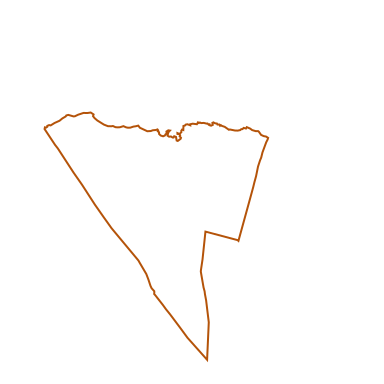 outline of Gagaemauga II (PART), A'ana, Samoa, rotated 142°
{"feature_id": "51752279B80386032280412", "entity_name": "Gagaemauga II (PART)", "entity_type": "district", "adm_level": 2, "iso_a3": "WSM", "parent_name": "Samoa", "parent_adm1": "A'ana", "projection": "natural_earth1", "projection_center": [-171.93, -13.977], "detail": "fine", "context": "isolated", "style": "outline", "palette": "amber", "viewbox_px": 384, "rotation_deg": 142, "n_neighbors": 0, "source": "geoboundaries", "source_scale": "gbopen_adm2", "svg_char_len": 2210}
<svg xmlns="http://www.w3.org/2000/svg" viewBox="0 0 384 384"><g transform="rotate(142 192 192)"><path d="M98.7,187.8L99.5,190.1L101.1,191.9L102.4,194.5L102.2,198.4L102.4,199.2L104.3,200.7L106.5,203.8L107.1,206.1L108.9,209.4L110.4,208.8L111.8,210.7L113.5,210.5L114.5,211.2L115.9,211.1L118.1,212.2L120.2,213.9L123.7,218.0L124.6,218.3L126.1,223.2L127.8,225.8L128.1,226.9L129.1,226.9L128.9,228.3L130.4,229.5L130.2,230.6L131.5,231.9L132.3,233.7L133.4,233.9L134.3,232.1L136.1,232.5L136.8,233.4L136.5,234.5L137.4,234.7L137.6,236.4L138.3,236.8L140.2,239.2L142.4,240.7L143.0,241.9L144.1,242.1L144.4,243.2L146.4,242.4L149.4,245.4L151.7,246.5L152.3,245.6L153.9,248.2L155.5,249.0L156.6,248.7L158.1,249.3L160.7,246.2L161.4,247.3L162.8,246.8L163.5,245.7L166.1,245.4L167.2,247.4L167.7,246.7L166.4,245.4L166.4,244.0L167.4,243.5L167.3,241.5L168.3,240.9L171.8,241.0L172.4,242.0L170.7,245.3L171.7,246.9L173.0,246.3L173.7,246.8L174.4,248.7L176.0,249.7L176.6,251.5L173.9,253.6L171.6,254.0L172.7,255.2L174.9,255.4L176.1,253.5L177.2,253.8L178.6,253.2L180.5,253.7L181.9,255.8L182.2,258.0L181.2,259.4L181.6,260.9L180.7,261.4L180.7,262.6L182.3,263.1L184.9,264.8L186.9,265.4L189.8,267.4L193.5,274.7L193.5,277.4L195.8,278.4L197.9,279.6L201.0,280.7L202.9,282.1L204.1,283.5L205.5,286.1L208.9,287.4L210.9,288.8L212.4,290.2L213.7,292.7L215.0,293.4L217.7,295.6L219.9,299.3L222.6,306.7L223.3,310.3L223.3,312.7L221.8,313.7L222.9,317.0L225.9,318.7L228.8,321.1L234.1,323.0L237.7,323.8L238.8,324.5L242.0,328.9L243.9,329.7L245.0,329.3L248.9,329.8L252.5,329.7L257.8,331.0L262.4,331.5L263.4,332.7L265.3,333.2L265.9,332.5L267.4,332.6L268.1,333.5L269.4,332.4L270.9,313.5L270.9,309.0L273.4,280.2L274.2,265.3L276.3,241.9L277.1,226.7L277.7,212.9L276.4,170.9L276.8,168.4L278.5,155.5L280.3,149.7L282.5,143.6L283.1,140.9L282.8,137.1L283.5,136.1L284.6,134.9L284.5,133.4L284.5,120.9L284.7,115.7L284.6,109.2L284.9,93.3L285.3,79.9L283.4,50.5L259.0,79.0L247.6,97.9L244.7,103.5L243.2,106.0L241.7,109.6L234.1,123.8L233.0,125.0L225.2,132.4L205.8,152.5L185.7,126.0L185.5,124.9L149.8,151.4L140.7,158.2L136.9,161.2L131.8,165.0L124.3,171.4L118.8,175.1L116.3,176.5L112.1,179.8L102.9,185.5L100.1,186.8L98.7,187.8Z" fill="none" stroke="#b45309" stroke-width="2"/></g></svg>